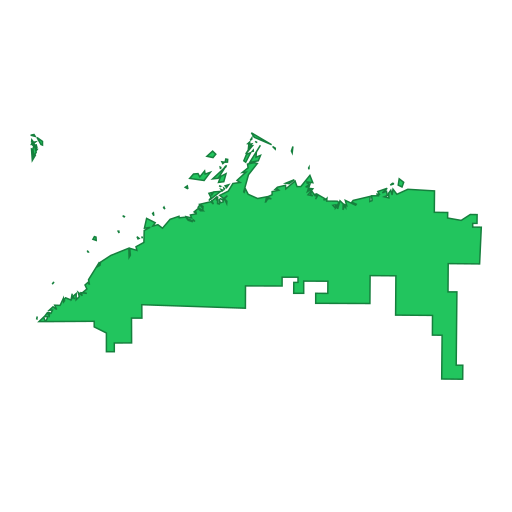 Karratha, Western Australia, Australia (orthographic projection)
{"feature_id": "25037944B65347816419811", "entity_name": "Karratha", "entity_type": "district", "adm_level": 2, "iso_a3": "AUS", "parent_name": "Australia", "parent_adm1": "Western Australia", "projection": "orthographic", "projection_center": [116.53, -21.039], "detail": "fine", "context": "isolated", "style": "filled", "palette": "green", "viewbox_px": 512, "rotation_deg": 0, "n_neighbors": 0, "source": "geoboundaries", "source_scale": "gbopen_adm2", "svg_char_len": 6051}
<svg xmlns="http://www.w3.org/2000/svg" viewBox="0 0 512 512"><path d="M456.2,365.2L456.9,291.9L448.0,291.9L448.2,263.6L479.6,263.9L481.3,227.2L472.7,227.1L472.7,223.4L477.0,223.4L477.1,214.6L470.3,214.5L461.2,220.4L447.6,218.0L447.7,212.5L434.3,212.3L434.5,190.9L407.8,189.3L396.9,194.3L393.0,189.2L392.1,195.0L390.8,190.2L388.6,193.2L388.9,197.9L384.2,196.8L387.3,195.5L386.5,191.2L382.3,192.9L387.2,188.3L377.8,191.5L379.3,194.2L377.0,194.1L377.3,195.2L378.7,195.1L378.6,195.8L371.6,195.8L372.1,200.6L369.8,201.5L370.2,196.4L353.2,200.4L351.8,202.2L356.3,204.2L355.6,205.2L345.3,200.4L346.7,205.6L344.1,204.3L343.7,205.7L345.6,205.4L345.7,207.6L344.4,205.8L343.0,209.9L343.2,203.9L340.0,200.8L337.6,209.0L337.7,206.1L335.6,208.1L336.1,205.3L334.7,207.4L332.8,205.3L335.9,204.8L337.2,205.4L339.0,202.6L337.3,201.2L326.7,201.1L326.9,198.4L325.7,199.7L323.4,199.9L325.6,199.1L316.6,193.9L314.7,194.4L317.6,195.8L315.5,199.2L317.3,196.0L315.1,195.8L311.9,191.2L310.4,194.4L312.8,195.9L308.0,194.8L312.8,188.8L308.6,188.3L310.1,189.9L307.4,191.6L309.7,184.9L308.3,186.1L305.6,187.2L309.7,184.0L307.0,183.0L307.0,181.9L312.8,182.7L309.9,175.4L300.8,186.6L297.0,186.6L295.1,181.1L285.8,188.9L285.5,185.3L277.4,187.2L275.3,189.2L277.6,189.1L278.9,190.2L272.1,191.6L272.1,194.8L267.1,197.0L271.4,198.9L267.2,198.2L267.9,200.1L267.3,199.2L266.0,201.8L265.5,201.9L266.6,196.8L257.6,198.5L248.2,194.3L245.3,188.6L244.2,192.3L243.7,191.9L248.5,174.7L257.3,163.5L254.2,162.7L247.5,164.1L248.1,167.8L242.3,172.5L245.9,172.2L237.0,180.4L240.1,182.5L232.9,183.5L228.3,191.1L219.7,195.4L223.7,198.5L227.4,195.6L223.7,199.6L224.9,199.3L226.9,201.2L226.7,203.5L224.8,199.4L223.7,199.9L219.6,198.4L223.2,200.2L223.2,201.9L220.4,202.8L219.2,199.2L219.2,204.0L217.5,203.6L217.7,196.4L216.6,200.6L216.4,197.2L212.6,200.4L211.2,200.7L212.0,200.8L213.4,204.1L210.9,201.7L199.8,204.3L203.0,206.4L202.9,208.5L199.9,204.9L198.1,207.3L198.8,208.3L199.8,208.5L201.2,210.0L202.0,209.6L203.3,210.8L200.5,210.8L198.2,208.5L194.1,211.9L195.3,212.8L195.5,212.0L196.0,212.1L196.3,213.8L190.4,215.0L191.6,217.9L186.3,216.7L188.1,219.5L188.9,219.4L190.1,219.6L192.2,221.4L192.6,220.3L193.4,219.9L195.0,221.5L193.4,220.1L192.2,221.6L188.2,220.3L185.8,217.1L179.2,217.8L179.0,216.3L170.1,219.3L162.5,228.2L157.9,224.7L152.8,226.1L155.2,222.7L146.6,218.4L144.4,228.2L150.3,227.3L144.2,230.5L143.9,242.4L136.0,246.7L136.9,250.4L129.8,248.3L130.4,255.2L129.1,257.4L128.8,248.2L110.9,255.4L100.6,262.1L100.0,265.3L98.0,266.4L99.5,262.0L88.5,279.7L89.5,284.7L87.8,282.5L85.0,285.0L86.9,289.0L82.7,292.5L86.9,293.4L81.0,292.7L82.3,295.7L78.1,292.3L79.3,296.6L76.1,299.8L76.2,293.6L73.1,296.2L74.5,299.2L73.2,296.9L71.6,299.0L72.2,293.7L71.0,300.0L65.6,297.8L64.1,299.5L64.6,300.8L63.7,301.9L63.4,298.3L60.1,305.4L54.7,305.2L56.7,309.5L53.0,306.8L49.3,310.2L52.5,310.1L51.0,313.3L47.8,312.1L49.5,313.9L49.3,315.8L47.2,312.9L44.4,316.6L47.9,316.7L45.8,321.6L94.2,321.3L94.2,326.9L106.4,333.0L106.4,351.7L114.3,351.7L114.3,343.0L131.6,342.9L131.5,318.1L141.9,318.1L141.8,304.7L245.4,308.2L245.5,285.9L282.1,286.0L282.1,277.2L298.0,277.2L298.0,282.4L293.8,282.4L293.7,293.3L303.7,293.3L303.7,281.1L327.9,281.2L327.8,293.4L315.7,293.3L315.7,303.3L369.9,303.5L370.1,275.6L395.9,275.8L395.6,315.1L432.5,315.4L432.4,335.1L442.1,335.2L441.7,379.0L462.7,379.2L462.8,365.2L456.2,365.2ZM260.4,145.3L249.7,162.4L258.3,160.8L260.5,155.4L256.0,157.2L256.4,151.9L260.4,145.3ZM204.1,180.5L210.3,172.3L205.1,174.1L204.6,171.0L199.8,176.9L198.0,173.6L193.5,174.0L189.7,178.4L204.1,180.5ZM212.0,192.5L208.9,193.3L211.0,197.6L208.9,200.5L220.6,191.4L213.7,191.9L211.4,195.6L212.0,192.5ZM225.1,167.3L212.6,178.9L218.2,178.3L225.1,167.3ZM254.3,137.3L271.6,144.7L251.4,132.8L254.3,137.3ZM398.2,185.1L402.0,187.0L403.7,182.3L399.2,178.8L398.2,185.1ZM215.8,154.2L212.6,151.1L206.9,156.3L213.0,157.6L215.8,154.2ZM32.9,149.4L31.5,148.9L32.3,160.4L35.7,154.7L33.2,156.8L32.3,156.4L33.0,149.9L34.0,155.9L36.2,152.3L34.2,143.9L32.9,149.4ZM226.0,173.7L220.7,176.4L218.5,182.4L223.8,181.7L226.0,173.7ZM243.8,160.8L245.7,162.2L250.6,152.7L246.5,154.3L243.8,160.8ZM251.0,145.8L245.7,154.0L252.5,145.7L251.0,145.8ZM45.5,321.6L43.6,317.2L39.0,321.6L42.7,321.6L45.5,321.6ZM37.0,137.5L41.0,144.5L42.5,145.1L42.5,141.4L37.0,137.5ZM289.1,183.7L294.3,179.7L285.7,183.2L289.1,183.7ZM292.9,146.5L291.4,151.0L292.2,152.8L292.9,146.5ZM92.9,239.3L96.2,240.4L96.0,237.1L94.4,236.6L92.9,239.3ZM248.9,143.9L248.4,148.5L251.8,143.9L249.5,144.3L248.9,143.9ZM225.1,185.8L226.5,187.7L228.7,184.7L225.1,185.8ZM225.1,162.2L227.5,162.1L227.7,159.4L225.8,159.0L225.1,162.2ZM139.1,238.4L137.0,236.7L138.0,238.9L139.1,238.4ZM185.2,187.3L187.4,188.6L187.8,188.4L187.3,185.9L185.2,187.3ZM34.0,134.5L30.7,135.2L35.2,136.4L34.0,134.5ZM275.3,148.2L272.6,146.5L275.2,149.1L275.3,148.2ZM35.5,141.9L32.3,142.4L31.4,144.3L32.9,144.1L35.5,141.9ZM221.9,161.8L222.8,163.6L224.5,162.2L221.9,161.8ZM220.2,167.1L220.5,169.0L220.8,167.4L220.2,167.1ZM152.6,213.4L153.8,215.7L153.4,212.8L152.6,213.4ZM249.6,144.0L249.7,142.0L247.8,143.7L249.6,144.0ZM141.7,236.5L142.4,238.3L142.2,237.4L141.7,236.5ZM88.4,252.0L87.2,250.6L88.1,252.1L88.4,252.0ZM33.1,141.6L31.8,139.9L31.6,141.7L33.1,141.6ZM221.1,189.5L222.1,191.0L222.9,190.2L221.1,189.5ZM163.6,207.7L164.9,209.1L164.0,207.1L163.6,207.7ZM36.0,144.2L35.9,148.1L36.9,147.4L36.0,144.2ZM390.3,185.1L393.4,184.0L393.4,183.5L392.5,183.3L390.3,185.1ZM119.1,233.0L118.8,231.1L118.1,231.2L119.1,233.0ZM37.3,149.2L35.9,148.7L36.8,149.9L37.3,149.2ZM308.6,168.0L309.0,169.3L309.0,167.3L308.6,168.0ZM37.2,316.5L36.7,318.8L36.9,318.9L37.2,316.5ZM223.9,188.2L224.2,189.2L224.6,188.7L223.9,188.2ZM250.3,140.3L251.8,139.1L251.8,138.0L250.3,140.3ZM252.2,151.4L253.3,151.2L253.2,150.2L252.2,151.4ZM255.5,141.7L257.2,142.6L255.3,141.4L255.5,141.7ZM32.6,145.1L33.6,145.6L33.0,144.3L32.6,145.1ZM225.6,167.1L226.5,165.4L225.0,166.9L225.6,167.1ZM52.2,284.2L53.6,282.6L53.8,281.9L52.2,284.2ZM122.7,215.7L124.1,216.9L124.4,216.5L122.7,215.7ZM219.2,185.7L220.3,186.5L220.6,186.3L219.2,185.7Z" fill="#22c55e" stroke="#15803d" stroke-width="1.5"/></svg>